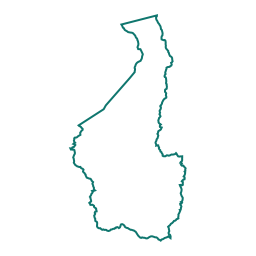 outline of Janaúba, Minas Gerais, Brazil
{"feature_id": "56859067B43272372605318", "entity_name": "Janaúba", "entity_type": "district", "adm_level": 2, "iso_a3": "BRA", "parent_name": "Brazil", "parent_adm1": "Minas Gerais", "projection": "orthographic", "projection_center": [-43.375, -15.729], "detail": "fine", "context": "isolated", "style": "outline", "palette": "teal", "viewbox_px": 256, "rotation_deg": 0, "n_neighbors": 0, "source": "geoboundaries", "source_scale": "gbopen_adm2", "svg_char_len": 5866}
<svg xmlns="http://www.w3.org/2000/svg" viewBox="0 0 256 256"><path d="M99.1,228.3L100.3,228.2L101.2,229.1L102.2,229.8L103.3,229.4L104.3,229.9L105.2,229.8L106.2,229.9L107.2,230.7L108.6,231.0L110.0,230.5L110.9,229.5L111.8,229.5L112.5,229.1L113.3,228.8L114.3,228.8L114.8,228.2L115.6,228.2L115.9,227.5L117.3,227.1L118.2,227.5L118.9,228.1L119.9,227.4L120.4,226.3L120.6,225.2L121.2,224.3L122.4,224.2L123.5,224.8L124.5,225.7L124.7,226.6L125.5,227.3L126.7,227.9L127.7,228.0L128.3,228.5L130.6,229.8L131.6,229.8L132.6,230.2L133.9,230.5L134.5,231.1L135.4,231.5L136.0,232.2L137.3,234.3L138.3,235.8L140.2,237.6L141.2,237.9L142.1,237.4L143.1,237.7L144.7,237.8L145.9,238.3L147.0,238.4L148.0,238.0L148.8,237.4L150.1,236.7L151.1,236.3L152.1,236.3L153.8,236.8L155.0,237.3L156.5,237.4L157.6,238.2L158.5,239.5L159.7,239.9L160.7,240.6L161.6,239.5L162.8,239.2L163.7,238.7L164.6,238.0L166.7,237.4L168.4,236.4L169.0,237.0L170.5,238.1L170.6,236.5L170.3,235.4L169.9,234.7L169.0,234.4L168.6,233.5L168.6,232.5L169.2,231.5L169.2,230.4L168.9,229.4L168.8,228.1L168.1,226.8L168.9,226.0L169.9,225.3L170.9,223.8L172.1,223.1L173.2,222.0L174.0,220.9L175.3,220.6L176.0,220.0L176.5,219.2L177.7,218.8L178.4,218.4L178.2,217.3L178.5,215.9L178.4,214.5L179.2,213.1L180.2,210.8L179.8,209.9L180.6,209.7L180.9,208.9L180.9,207.7L181.4,206.7L181.1,205.7L180.3,204.8L180.2,203.7L181.4,203.5L182.0,202.7L181.1,201.9L181.9,201.5L182.4,200.5L182.6,199.5L182.7,198.6L182.7,197.7L181.5,195.7L181.1,194.5L180.7,193.2L181.2,192.0L181.5,190.8L181.6,189.5L181.4,188.6L180.6,186.8L180.1,185.9L179.8,185.0L180.8,184.9L181.9,185.3L182.7,185.0L182.9,184.1L182.7,183.3L182.9,182.1L181.8,181.3L182.3,180.6L182.9,180.1L183.5,179.5L184.5,179.3L184.7,178.0L184.4,176.9L183.7,176.5L184.7,174.9L185.0,173.9L185.2,172.7L184.6,171.5L185.4,170.9L185.2,169.6L185.6,168.3L185.0,167.6L184.2,166.8L183.4,165.7L181.9,165.7L181.0,164.7L181.9,163.6L181.4,162.8L180.4,162.7L180.8,162.0L181.9,161.1L182.2,160.0L182.1,159.0L182.2,157.7L182.2,156.3L181.3,156.4L180.3,156.4L179.2,156.6L178.1,156.3L177.0,154.7L176.6,153.8L176.0,153.1L175.1,154.1L174.2,154.3L172.9,154.6L171.6,154.5L170.7,154.9L169.9,155.4L168.8,155.7L167.8,155.4L166.8,155.3L166.1,155.8L165.2,156.3L163.3,156.2L162.6,155.7L162.7,154.4L161.8,153.2L161.4,152.1L160.4,151.5L160.2,150.1L159.4,149.4L158.9,148.6L159.1,147.4L158.4,146.5L158.2,145.3L157.1,145.3L156.2,145.6L156.3,144.7L155.5,142.8L155.8,141.7L156.4,140.7L156.6,139.4L157.6,138.1L157.9,136.8L158.3,135.6L158.0,134.8L157.4,133.9L158.1,132.8L158.1,131.9L158.4,131.1L159.9,130.2L160.8,129.5L161.7,127.5L160.0,127.0L159.8,126.1L160.1,125.1L160.8,124.5L160.2,124.0L159.5,123.6L158.9,123.0L158.5,122.1L158.5,121.2L158.3,120.4L158.8,119.0L159.1,117.9L159.8,117.3L160.5,116.3L160.1,115.2L159.5,114.4L159.7,113.5L160.1,112.8L159.8,111.9L159.6,110.9L159.9,110.2L160.5,109.4L160.9,108.1L160.9,107.1L160.3,106.6L160.4,105.7L161.1,105.1L162.0,103.5L162.1,102.5L162.7,101.4L163.2,100.3L164.5,98.7L165.4,98.3L166.3,97.6L166.3,96.4L165.9,95.6L166.0,94.4L166.2,93.3L165.5,92.3L165.0,91.8L165.0,90.7L165.2,89.6L166.7,88.7L166.9,86.3L166.6,85.1L166.7,84.2L166.1,83.6L166.1,82.4L166.3,81.2L166.0,78.2L165.6,77.3L164.8,77.0L164.5,76.2L164.8,75.1L165.6,74.0L165.2,73.0L165.4,71.9L165.8,70.9L166.0,69.9L166.5,68.8L166.5,67.7L167.5,67.1L169.7,66.8L170.3,66.1L171.3,65.6L171.7,64.6L171.1,62.8L171.9,62.3L172.6,61.3L172.3,60.1L172.1,58.0L171.6,57.1L170.9,56.5L169.9,55.9L169.4,54.7L169.0,53.7L168.8,52.7L168.2,52.0L168.2,50.9L167.6,50.3L167.0,49.5L166.3,48.8L165.8,47.8L165.7,46.7L165.9,45.8L165.7,44.8L165.6,43.8L165.7,42.9L165.6,41.8L165.4,40.7L164.7,40.0L163.6,40.2L161.6,39.4L161.5,38.5L161.5,37.3L161.7,36.3L162.4,35.5L162.5,34.4L162.6,33.4L162.4,32.3L161.8,30.0L161.0,29.2L160.6,26.8L160.2,25.8L159.6,25.0L159.2,24.1L158.3,23.1L157.7,22.0L157.2,20.8L156.4,19.7L156.1,18.4L156.1,17.1L156.8,16.4L156.9,15.4L121.4,24.5L122.5,26.4L122.7,27.2L123.3,28.0L124.1,28.4L124.3,29.3L125.0,30.1L126.2,30.8L127.4,31.5L128.1,32.1L129.1,32.3L130.8,32.6L131.9,32.7L133.0,33.2L135.2,35.6L135.6,36.7L136.0,37.6L136.9,38.4L137.3,39.3L137.4,40.1L138.0,41.3L138.2,42.7L138.4,43.5L138.3,45.1L137.8,46.2L137.5,47.3L137.9,48.1L138.2,49.1L139.4,49.2L140.4,49.2L140.8,50.0L141.3,51.0L142.8,54.2L142.5,55.3L142.1,56.4L142.0,57.4L141.8,58.4L141.5,59.1L141.0,59.9L140.6,60.8L138.1,62.0L137.1,62.7L136.3,63.6L135.7,64.7L135.3,66.1L134.8,67.0L134.6,68.0L135.0,68.8L135.0,69.9L134.7,71.2L134.7,72.1L129.8,78.0L105.8,105.4L103.7,109.2L102.0,110.3L78.6,125.4L79.2,126.0L80.1,126.4L80.9,126.9L81.4,127.7L82.2,128.4L82.7,129.0L82.6,129.9L81.6,130.7L80.9,131.7L80.2,132.8L80.3,133.9L80.4,134.9L78.2,136.1L77.4,136.9L76.7,137.4L75.8,137.6L74.9,137.6L74.2,138.3L74.3,139.5L73.9,140.6L74.3,141.8L75.1,142.7L74.1,143.2L73.4,143.9L74.4,144.2L75.3,145.0L74.6,145.9L74.1,146.8L72.4,147.4L71.7,148.5L70.4,148.4L70.9,149.5L71.8,149.5L72.7,149.7L73.6,149.5L74.4,150.1L74.6,151.4L74.9,152.7L74.8,153.8L74.1,155.0L73.2,157.5L73.7,158.5L73.9,159.9L74.1,160.7L74.1,161.7L73.8,162.7L75.0,164.6L75.6,165.3L76.3,165.6L77.1,166.3L78.1,166.6L79.2,167.0L80.4,166.9L80.8,167.7L81.4,168.3L82.7,168.8L83.5,169.6L83.0,171.5L83.5,172.3L84.5,173.0L85.0,174.0L85.6,174.5L85.6,175.4L86.1,176.3L86.7,177.6L89.3,178.6L90.5,178.8L91.2,179.6L91.5,180.5L92.3,181.4L93.1,182.1L92.4,183.8L92.7,184.5L93.1,185.3L93.2,186.4L93.9,187.6L93.9,188.7L94.1,189.7L95.0,190.4L94.3,190.7L93.1,190.6L92.1,190.9L92.8,191.9L92.2,193.1L91.4,193.9L91.2,194.8L90.8,195.6L90.3,196.2L89.9,196.9L90.4,197.5L90.5,198.4L91.1,200.6L91.1,201.5L90.2,202.1L89.3,202.9L90.0,203.8L90.4,204.9L91.4,204.9L92.2,204.7L93.2,205.2L94.0,205.8L94.0,206.8L94.6,207.5L95.3,207.9L96.1,208.5L96.1,209.5L96.5,210.4L96.6,211.4L95.2,211.7L94.7,212.9L95.2,213.8L94.8,214.7L94.2,215.5L94.4,216.8L94.7,217.9L95.2,218.6L95.2,219.8L95.3,220.9L96.0,221.4L96.8,221.8L97.2,222.9L97.0,226.3L97.6,227.5L99.1,228.3Z" fill="none" stroke="#0f766e" stroke-width="2"/></svg>